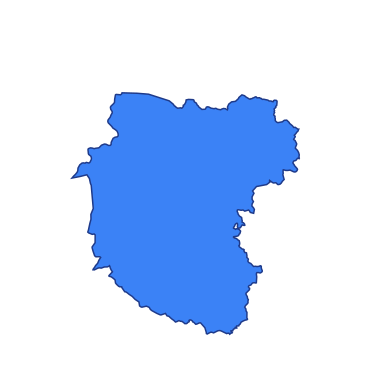 the district of Bounkani, Zanzan, Ivory Coast, rotated 215°
{"feature_id": "98640826B90856530326373", "entity_name": "Bounkani", "entity_type": "district", "adm_level": 2, "iso_a3": "CIV", "parent_name": "Ivory Coast", "parent_adm1": "Zanzan", "projection": "mercator", "projection_center": [-3.483, 9.078], "detail": "fine", "context": "isolated", "style": "filled", "palette": "blue", "viewbox_px": 384, "rotation_deg": 215, "n_neighbors": 0, "source": "geoboundaries", "source_scale": "gbopen_adm2", "svg_char_len": 5985}
<svg xmlns="http://www.w3.org/2000/svg" viewBox="0 0 384 384"><g transform="rotate(215 192 192)"><path d="M306.2,233.1L305.9,232.3L306.2,230.7L310.0,228.5L310.3,228.1L310.4,227.6L308.6,223.7L306.9,221.0L306.9,219.5L307.6,215.9L307.5,214.7L306.1,213.2L303.5,212.1L302.7,211.0L302.5,208.7L301.9,206.2L302.1,203.2L301.7,201.9L301.1,201.2L300.2,200.6L295.4,199.7L293.5,199.0L290.4,199.1L288.1,198.8L286.0,197.4L284.9,196.0L284.7,195.2L284.9,194.3L286.5,192.7L287.4,190.7L286.7,186.4L285.5,184.4L285.7,183.3L287.0,182.3L289.9,181.8L291.3,181.0L293.0,178.4L293.5,175.2L293.9,174.5L296.1,172.5L297.0,171.4L299.1,170.7L300.6,169.8L301.7,168.1L301.7,167.5L301.3,166.8L298.8,163.9L298.1,163.5L295.3,163.3L293.8,162.1L293.1,160.8L292.7,158.2L292.7,157.4L293.1,156.6L295.6,155.6L296.1,154.3L297.6,153.6L298.7,152.6L299.5,149.9L299.1,146.2L297.8,144.0L297.4,142.3L297.6,139.6L298.1,137.1L298.3,134.6L292.4,140.7L288.0,145.8L283.8,144.2L280.0,140.7L278.4,139.7L263.4,121.8L262.0,115.7L259.1,111.7L257.7,107.8L255.0,101.4L254.4,99.4L253.2,99.2L249.4,100.1L248.1,101.5L246.7,101.3L242.3,94.9L242.3,89.7L241.8,89.0L239.0,86.7L235.3,84.0L234.4,83.8L233.6,83.8L230.4,86.1L229.3,86.0L229.1,82.6L228.4,79.5L228.8,76.3L228.6,74.8L228.7,72.2L228.5,71.5L227.3,72.2L225.5,75.5L224.6,76.6L222.6,77.7L220.8,80.3L218.4,82.1L217.5,83.5L217.3,84.3L216.4,83.8L215.6,83.0L213.2,81.6L211.4,81.0L212.1,75.9L211.6,75.4L209.5,76.2L206.5,76.1L204.5,75.8L202.5,73.6L200.9,73.1L198.1,72.7L196.9,72.9L195.2,74.0L194.7,73.5L189.9,71.7L189.0,72.2L187.4,72.3L184.9,72.1L181.1,72.2L177.0,71.4L172.4,71.5L169.6,68.6L167.7,68.6L166.9,69.0L163.9,72.3L161.8,72.8L160.7,72.9L158.7,71.9L156.8,71.8L151.2,72.4L147.7,73.1L146.9,73.5L144.1,77.3L141.4,76.2L139.7,76.9L135.9,76.4L133.2,76.4L131.0,76.0L130.1,77.1L128.9,79.2L127.5,79.4L125.8,80.3L123.6,80.2L122.5,80.0L121.1,80.9L120.7,81.8L120.6,82.9L120.0,83.8L120.1,84.6L120.8,85.1L120.3,86.1L119.8,86.2L119.6,86.5L117.8,86.6L116.9,86.0L116.0,86.3L113.1,85.8L112.3,86.6L111.0,88.8L110.2,89.6L109.8,89.7L103.6,88.2L99.9,85.3L99.0,84.3L98.1,84.4L96.3,87.8L95.5,88.4L93.5,89.0L91.2,93.2L89.7,94.5L88.4,94.9L82.4,95.9L82.3,96.2L80.8,97.5L79.5,97.1L79.1,98.8L78.4,99.4L78.3,99.9L78.8,100.1L79.9,100.1L80.4,100.7L79.0,101.7L79.4,103.1L79.3,103.6L78.6,104.5L78.9,105.9L78.4,106.2L77.7,105.9L77.3,106.3L78.2,107.0L78.6,107.8L76.9,109.2L77.2,110.0L76.8,111.3L77.1,113.6L75.8,116.2L74.8,117.7L73.7,118.8L73.6,119.7L74.8,120.3L78.0,125.0L79.5,125.6L80.8,127.1L82.8,127.9L83.0,129.6L82.5,132.7L82.7,133.6L83.6,134.7L84.1,136.1L85.5,136.7L86.7,138.0L88.8,139.0L89.6,139.8L89.7,140.2L88.9,144.9L89.6,146.2L90.5,146.2L91.2,146.5L91.6,147.1L91.5,148.1L90.4,149.6L90.3,152.0L89.2,153.3L87.8,153.9L87.2,154.5L90.3,159.6L92.3,161.8L92.6,162.7L92.6,163.2L91.4,164.1L89.8,164.7L89.4,165.2L88.9,166.5L89.0,167.4L89.6,168.1L90.7,168.7L92.3,170.2L92.4,170.6L93.0,171.0L93.9,170.7L94.1,169.9L96.0,168.2L97.2,167.7L98.9,166.3L102.9,167.2L104.6,166.8L106.1,167.1L106.7,167.5L107.1,169.0L107.9,169.6L109.5,169.8L110.5,171.4L112.5,173.4L113.3,173.2L114.0,172.7L114.5,172.9L115.9,173.7L116.0,174.5L116.9,174.7L118.0,174.1L122.0,174.3L122.8,175.0L122.6,175.4L123.2,176.9L124.0,177.9L125.4,179.2L127.1,179.1L128.8,179.4L131.1,178.6L132.2,178.9L132.2,179.3L129.5,181.9L128.9,183.0L129.2,184.4L128.9,185.3L129.6,187.5L129.9,187.9L131.7,188.3L133.2,188.1L134.3,187.6L134.9,186.4L135.6,186.5L137.1,186.1L137.7,187.0L137.5,188.0L138.0,190.2L137.9,191.0L137.4,192.1L136.8,192.3L135.7,191.2L135.1,189.8L134.8,189.5L133.8,188.9L132.9,189.2L131.9,190.5L132.0,193.8L130.1,194.5L129.7,195.1L130.6,195.9L132.1,196.3L133.6,196.0L134.6,197.5L135.3,198.0L136.5,199.4L136.9,199.6L139.3,199.5L141.5,200.3L142.3,201.1L143.8,201.9L144.4,203.0L144.5,203.4L143.8,204.1L141.3,205.2L139.9,206.5L137.8,206.6L135.3,209.7L134.1,209.5L132.5,208.7L129.3,209.9L130.9,213.5L132.5,214.3L134.9,214.9L135.9,216.7L136.2,219.4L138.5,220.4L140.0,222.5L140.5,226.5L143.0,227.6L142.3,233.5L135.1,240.9L133.7,245.3L134.8,245.4L135.1,246.0L131.4,245.9L130.3,246.2L128.9,247.5L128.0,247.7L126.2,247.3L125.4,247.7L124.4,248.8L124.0,250.4L124.1,252.7L123.7,255.1L127.5,258.3L128.1,259.8L128.9,260.6L130.0,262.4L129.8,262.7L127.6,263.4L125.9,264.6L124.2,266.2L120.5,266.8L119.5,267.2L118.6,268.0L118.2,269.6L118.6,271.1L119.4,271.5L123.2,272.4L123.7,272.8L125.7,273.5L126.3,274.2L126.3,276.1L125.4,276.9L125.0,277.7L124.9,280.1L124.4,280.6L123.4,280.7L123.5,281.3L124.4,282.0L125.5,284.0L127.2,285.4L129.5,286.6L132.4,287.1L132.9,288.1L133.5,290.8L134.0,291.6L137.1,293.3L138.8,293.3L139.0,293.5L139.1,296.4L139.3,296.7L140.8,297.2L140.4,299.4L140.5,301.0L140.1,302.4L140.6,304.7L141.3,304.2L144.6,304.2L145.7,303.2L147.5,303.8L151.6,304.2L152.3,304.7L155.6,305.2L157.5,303.7L157.8,302.9L158.2,301.4L161.4,298.1L162.7,297.8L164.7,298.2L166.0,300.0L167.2,300.9L167.4,301.7L168.9,301.8L169.4,302.2L169.8,303.3L169.9,304.5L170.7,304.8L171.0,306.0L171.9,306.6L172.4,307.3L171.8,309.3L172.6,310.2L172.2,311.3L172.4,311.8L174.2,314.9L174.7,315.3L175.6,315.4L177.2,314.4L177.2,314.0L177.6,313.6L177.3,312.6L178.3,312.0L179.4,311.9L181.0,310.8L182.5,310.8L186.5,309.1L187.2,308.4L187.9,308.2L188.8,308.4L189.5,308.0L190.7,308.0L192.7,306.4L193.7,306.7L194.3,306.6L194.8,306.0L195.6,304.4L196.1,303.9L196.5,302.7L197.3,302.3L197.5,301.5L198.2,301.1L202.2,300.8L204.2,301.0L206.8,300.2L207.7,296.9L207.8,296.1L207.5,295.4L208.4,291.2L211.3,288.5L212.3,285.1L211.7,281.9L210.6,281.0L210.1,279.6L211.1,279.4L212.3,279.5L214.1,278.5L215.4,276.7L215.6,275.9L216.8,275.3L218.7,274.4L219.9,274.4L220.8,274.0L221.7,272.9L224.5,271.6L226.9,271.3L228.0,270.8L228.9,269.8L228.6,267.7L229.0,267.1L231.3,265.3L235.3,265.6L236.2,266.1L237.8,266.3L239.4,267.3L241.7,267.2L242.4,267.6L243.0,268.3L244.0,268.3L247.9,265.9L249.6,264.1L248.6,262.0L248.3,259.3L248.9,258.0L248.1,257.1L248.4,254.8L248.6,254.6L249.5,254.5L251.8,252.4L253.7,252.3L254.7,252.6L255.7,252.4L257.8,253.2L263.0,253.6L283.7,247.2L293.6,241.4L306.2,233.1Z" fill="#3b82f6" stroke="#1e3a8a" stroke-width="1.5"/></g></svg>